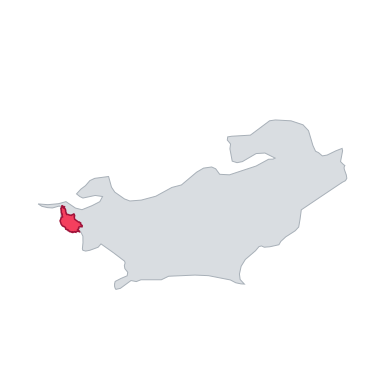 Corredores, Puntarenas, Costa Rica (highlighted), rotated 126°
{"feature_id": "36466004B38265631296352", "entity_name": "Corredores", "entity_type": "district", "adm_level": 2, "iso_a3": "CRI", "parent_name": "Costa Rica", "parent_adm1": "Puntarenas", "projection": "orthographic", "projection_center": [-82.937, 8.537], "detail": "fine", "context": "in_parent", "style": "filled", "palette": "rose", "viewbox_px": 384, "rotation_deg": 126, "n_neighbors": 0, "source": "geoboundaries", "source_scale": "gbopen_adm2", "svg_char_len": 5177}
<svg xmlns="http://www.w3.org/2000/svg" viewBox="0 0 384 384"><g transform="rotate(126 192 192)"><path d="M315.5,196.3L315.0,197.7L313.8,199.2L311.9,200.6L309.5,201.6L303.6,198.6L297.9,195.2L294.7,196.8L293.5,201.2L291.3,203.5L288.7,204.4L287.6,205.9L287.3,221.0L287.5,235.1L291.9,235.5L299.2,240.4L302.3,243.3L303.3,246.0L302.4,247.3L297.1,250.4L291.9,254.3L289.3,259.2L293.8,267.1L294.8,272.4L294.6,278.1L293.4,280.7L283.3,287.2L281.1,289.5L281.3,291.1L286.9,295.5L289.6,299.8L291.8,305.0L292.1,309.5L287.0,301.2L280.0,293.2L273.9,288.3L273.5,276.8L271.0,270.6L261.9,264.9L254.0,260.9L248.2,261.7L251.7,268.3L261.0,276.7L261.6,280.0L261.4,284.3L255.1,283.6L249.5,281.9L242.7,281.3L238.1,278.7L228.5,268.6L235.4,260.0L237.5,254.4L237.3,242.6L235.8,237.0L228.4,228.3L216.7,218.8L200.2,211.0L192.5,204.7L173.2,199.9L165.9,196.7L160.2,190.8L159.3,186.5L161.4,180.0L156.1,171.8L133.3,155.4L120.5,149.3L117.8,145.8L115.7,144.7L117.6,155.9L123.2,162.7L137.8,169.1L141.8,172.8L143.4,177.6L134.8,186.7L130.5,189.0L129.2,194.0L126.4,195.5L123.5,192.6L111.7,178.2L88.8,171.1L84.7,166.9L76.2,153.7L72.4,141.7L73.9,133.8L83.4,121.4L86.4,116.0L85.8,112.7L86.2,107.8L82.7,104.4L74.1,99.8L68.5,96.2L70.1,94.4L80.1,89.7L80.8,85.4L80.7,83.9L82.4,83.6L83.8,82.5L84.7,81.3L87.5,77.2L89.9,74.8L92.6,74.5L96.0,76.2L108.5,80.8L122.4,85.9L142.2,93.1L150.5,88.6L157.6,85.1L162.6,85.7L173.2,89.8L179.7,91.1L183.6,90.7L190.4,96.7L194.2,101.1L194.8,104.1L196.8,105.7L202.2,106.1L215.2,109.2L223.2,108.6L230.5,105.4L234.5,101.6L235.7,95.5L237.6,98.5L239.7,103.2L240.6,109.3L250.0,129.5L257.5,140.8L273.9,161.4L281.0,165.2L293.0,181.7L297.2,184.4L299.5,189.3L312.0,193.3L315.5,196.3Z" fill="#d9dde1" stroke="#a8b0b8" stroke-width="1"/><path d="M284.7,260.5L284.4,260.7L284.2,260.8L283.9,260.9L283.8,261.0L283.6,261.4L283.7,261.6L283.8,261.9L283.8,262.2L283.8,262.3L283.6,262.4L283.6,262.5L283.5,262.8L283.5,263.2L283.4,263.3L283.2,263.5L282.9,263.6L282.6,263.7L282.5,263.8L282.5,264.0L282.6,264.3L282.7,264.5L282.6,264.8L282.5,265.1L282.5,265.4L282.5,265.5L283.0,266.0L283.0,270.9L281.2,272.8L280.8,272.8L280.4,272.8L280.2,273.0L279.9,273.3L280.0,273.6L279.9,273.7L279.7,273.7L279.5,273.9L279.4,274.1L279.2,274.3L279.2,274.6L279.3,274.8L279.5,274.9L279.7,275.0L279.8,275.0L280.3,275.1L280.5,275.3L280.8,275.5L281.0,275.6L281.3,275.8L281.6,275.8L281.9,275.9L281.9,276.0L282.0,276.5L282.3,276.8L282.4,277.0L282.6,277.3L282.7,277.5L282.7,277.9L282.8,278.0L282.9,278.3L282.9,278.5L283.0,278.7L283.1,278.9L283.1,279.4L283.2,279.5L283.3,279.7L283.4,279.8L283.6,279.9L283.8,280.0L283.8,280.3L283.7,280.4L283.6,280.5L283.3,281.1L283.2,281.2L283.2,281.4L283.1,281.5L282.9,281.6L282.7,281.7L282.6,281.8L282.5,282.0L282.4,282.1L282.3,282.3L282.2,282.5L282.0,282.8L281.9,282.9L281.7,283.0L281.3,283.3L281.0,283.5L280.9,283.6L280.6,284.1L280.5,284.3L280.4,284.4L280.3,284.5L280.2,284.8L280.2,285.3L280.0,285.6L279.9,285.8L279.7,286.0L279.3,286.4L279.0,286.5L278.9,286.5L278.9,286.8L279.0,286.9L279.6,286.9L279.8,286.8L279.9,286.7L280.0,286.6L280.3,286.4L280.5,286.6L279.8,287.6L279.5,287.8L279.4,287.9L279.4,288.0L279.3,288.5L279.4,289.0L279.5,289.1L279.9,288.9L280.1,288.9L280.3,288.8L280.4,288.7L280.6,288.6L280.9,288.4L281.6,288.4L281.8,288.3L282.2,288.3L282.3,288.3L282.3,288.2L282.8,287.9L283.0,287.7L283.3,287.4L283.5,287.4L283.6,287.2L283.8,286.9L283.9,286.6L284.0,286.6L284.3,286.6L284.5,286.4L284.8,286.1L285.0,286.0L285.2,285.9L285.3,285.7L285.5,285.4L285.8,285.1L285.8,284.9L285.9,284.7L286.0,284.6L286.0,284.4L286.3,284.3L286.5,284.2L286.5,283.7L287.9,282.9L288.2,282.1L289.5,282.7L290.0,282.5L292.9,281.8L295.0,278.8L295.6,276.8L295.5,276.7L295.4,276.7L295.4,275.9L295.4,275.7L295.3,275.3L295.2,275.2L295.0,274.6L295.1,274.4L295.1,274.1L295.2,273.7L295.2,273.4L295.4,273.3L295.5,273.2L295.8,272.9L296.0,272.7L296.2,272.4L296.3,272.2L296.2,272.0L296.1,271.9L296.1,271.6L296.0,271.3L296.0,271.2L295.9,271.2L295.8,270.9L295.7,270.7L295.5,270.4L295.8,270.2L295.9,269.8L296.0,269.7L295.9,269.6L295.9,269.4L295.7,269.3L295.7,269.2L295.8,269.2L295.8,268.9L295.8,268.7L295.9,268.4L295.9,268.2L296.0,268.1L295.9,267.8L295.9,267.7L295.9,267.4L295.7,267.2L295.4,267.0L295.4,266.8L295.5,266.7L295.4,266.5L295.4,266.4L295.3,266.2L295.3,265.9L295.2,265.9L295.1,266.0L294.9,265.9L294.8,265.7L294.7,265.6L294.5,265.4L294.6,265.2L294.8,265.1L294.9,264.7L294.7,264.5L294.4,264.6L294.2,264.5L294.0,264.4L293.9,264.1L293.5,264.0L293.3,263.9L293.2,263.8L293.1,263.7L293.3,263.3L293.3,263.2L293.2,263.1L293.2,262.9L293.0,262.7L292.9,262.5L292.8,262.2L292.6,262.3L292.4,262.6L292.1,262.5L291.9,262.4L291.7,262.2L291.4,261.8L291.3,261.7L291.2,261.5L291.1,261.4L291.0,261.2L290.9,261.0L290.6,260.8L290.6,260.7L290.4,260.2L290.3,259.7L290.2,259.8L290.1,260.0L289.9,260.3L289.8,260.6L289.8,260.9L289.8,261.2L289.9,261.5L289.8,261.8L289.7,262.1L289.7,262.3L289.6,262.5L289.3,262.4L289.2,262.4L289.1,262.2L288.7,262.2L288.2,262.1L287.7,262.3L287.6,262.5L287.3,262.7L287.3,262.8L287.2,262.8L286.9,262.9L286.7,262.8L286.5,262.7L286.4,262.7L286.2,262.5L286.0,262.3L285.9,262.3L285.8,262.1L285.5,261.8L285.5,261.7L285.4,261.4L285.2,261.2L285.0,260.9L284.9,260.7L284.7,260.5Z" fill="#f43f5e" stroke="#9f1239" stroke-width="1.5"/></g></svg>